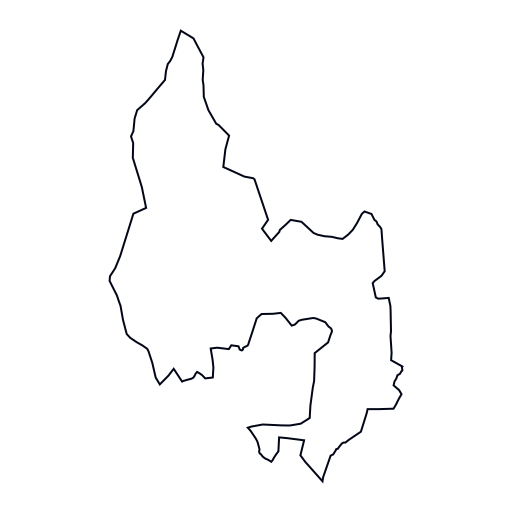 the district of Mani, Katsina, Nigeria
{"feature_id": "59680162B59976260592487", "entity_name": "Mani", "entity_type": "district", "adm_level": 2, "iso_a3": "NGA", "parent_name": "Nigeria", "parent_adm1": "Katsina", "projection": "equal_earth", "projection_center": [7.952, 12.901], "detail": "fine", "context": "isolated", "style": "outline", "palette": "ink", "viewbox_px": 512, "rotation_deg": 0, "n_neighbors": 0, "source": "geoboundaries", "source_scale": "gbopen_adm2", "svg_char_len": 3047}
<svg xmlns="http://www.w3.org/2000/svg" viewBox="0 0 512 512"><path d="M193.5,38.4L180.8,30.7L177.5,40.4L175.3,47.5L173.9,51.8L172.4,56.7L170.2,61.0L167.8,64.0L166.0,71.0L165.0,79.9L156.9,89.4L150.9,96.6L147.9,100.1L145.1,103.2L137.2,110.1L134.6,118.5L133.9,126.1L133.4,131.1L131.0,136.4L133.2,143.1L132.8,157.8L140.4,182.4L141.9,187.4L146.1,207.9L133.4,213.7L130.4,223.3L120.2,256.0L115.2,268.2L110.0,276.2L109.6,280.9L112.5,286.7L116.9,295.4L118.9,301.4L120.5,305.7L123.0,319.9L126.7,334.0L130.3,337.9L136.4,342.0L142.7,345.6L147.3,348.9L148.5,351.3L152.3,362.9L155.7,377.6L159.8,384.4L168.4,375.7L173.7,368.8L182.1,381.6L183.4,380.9L185.0,380.5L186.7,379.9L188.7,379.5L189.8,379.1L191.2,378.8L192.8,378.0L193.4,377.5L194.3,376.3L195.1,374.8L195.5,373.8L196.4,372.8L197.1,371.9L199.6,373.4L202.2,375.2L205.2,378.4L212.8,377.5L213.4,367.5L212.6,360.0L210.7,348.5L217.2,347.7L228.8,349.1L231.3,345.3L238.5,346.3L239.7,349.5L240.9,350.1L241.5,350.4L242.4,350.2L243.0,349.1L243.2,347.8L247.7,345.5L248.4,344.1L248.9,342.3L251.9,333.3L256.7,318.4L258.6,316.6L261.6,314.0L272.9,313.8L280.8,312.9L285.5,317.8L291.7,325.6L294.6,324.7L296.2,323.3L298.6,320.8L301.7,319.8L309.3,318.6L311.8,318.2L313.7,318.0L316.4,318.6L325.3,322.2L328.5,326.5L330.9,328.3L331.6,329.5L332.0,331.3L330.3,335.6L328.6,340.8L328.1,342.4L314.7,353.1L314.6,365.7L314.5,369.8L314.1,381.0L312.8,387.6L310.4,405.6L309.7,418.0L300.7,423.7L289.9,425.5L282.0,425.4L262.7,424.5L251.3,426.6L247.8,427.7L250.4,430.6L251.8,432.6L253.7,435.4L255.5,438.1L256.7,440.2L257.2,441.2L257.9,443.2L258.4,445.2L258.7,446.3L259.5,449.3L259.1,451.7L259.7,453.4L261.1,454.4L261.8,455.5L263.2,457.0L265.2,458.5L267.5,459.5L269.5,460.6L271.2,461.8L272.4,460.5L274.0,457.6L275.7,455.0L277.5,452.5L278.4,451.4L279.1,437.4L286.8,438.1L304.1,440.3L300.4,455.3L305.1,461.7L322.5,481.3L323.1,477.3L330.6,455.7L331.9,455.0L333.2,454.4L335.9,450.1L336.0,449.6L336.1,449.3L336.3,449.1L336.6,449.1L337.0,448.9L337.8,448.8L339.1,446.9L341.2,444.3L342.5,443.0L343.7,442.6L345.5,442.5L348.6,440.0L360.9,431.7L366.2,414.8L366.7,413.1L367.6,409.1L379.9,409.1L393.5,408.7L395.7,405.1L398.9,398.7L401.5,394.2L399.1,390.1L393.6,385.4L394.5,381.5L396.4,378.4L397.4,375.3L400.0,373.8L401.3,371.4L402.3,370.6L402.3,369.8L401.9,367.1L402.4,366.5L391.1,360.2L391.6,352.7L390.5,336.1L391.0,331.1L390.6,310.6L390.4,306.0L388.7,297.9L384.2,298.3L378.2,298.7L376.8,297.9L375.8,297.4L372.7,283.1L374.5,281.0L381.6,275.7L384.7,271.2L382.1,238.5L381.5,229.8L381.1,228.4L379.9,226.7L378.8,225.6L377.6,224.3L376.6,221.7L375.6,220.7L374.5,220.0L371.5,214.0L364.5,211.5L361.9,213.8L357.0,223.1L352.8,229.8L348.2,234.6L342.6,238.9L338.0,238.3L331.6,236.8L324.3,236.2L317.6,234.7L313.6,233.0L301.5,221.8L290.7,219.9L285.6,224.8L279.8,230.0L279.3,231.9L271.2,240.9L262.0,228.7L268.1,219.8L254.5,179.3L253.1,178.2L244.4,176.6L223.3,167.0L225.4,149.2L229.1,135.6L218.6,125.0L216.2,123.7L208.4,110.1L203.8,96.8L203.5,85.3L202.7,79.9L203.3,70.1L202.6,63.6L203.5,57.3L197.0,45.1L193.5,38.4Z" fill="none" stroke="#020617" stroke-width="2"/></svg>